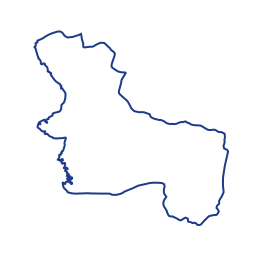 outline of Thung Yang Daeng, Pattani, Thailand, rotated 97°
{"feature_id": "78962969B39593186090950", "entity_name": "Thung Yang Daeng", "entity_type": "district", "adm_level": 2, "iso_a3": "THA", "parent_name": "Thailand", "parent_adm1": "Pattani", "projection": "natural_earth1", "projection_center": [101.449, 6.64], "detail": "fine", "context": "isolated", "style": "outline", "palette": "blue", "viewbox_px": 256, "rotation_deg": 97, "n_neighbors": 0, "source": "geoboundaries", "source_scale": "gbopen_adm2", "svg_char_len": 5840}
<svg xmlns="http://www.w3.org/2000/svg" viewBox="0 0 256 256"><g transform="rotate(97 128 128)"><path d="M209.4,77.4L209.9,77.1L210.4,76.2L210.6,74.2L210.3,73.0L210.4,72.8L212.0,68.1L213.1,65.7L213.2,65.2L213.2,64.4L212.8,63.5L211.8,62.6L210.0,60.1L210.2,59.1L210.5,58.1L211.1,57.4L213.1,57.1L213.7,56.4L213.8,55.8L213.8,54.3L214.1,53.1L214.5,52.6L214.5,51.9L214.0,50.9L214.0,49.9L214.5,48.4L215.4,47.8L215.7,47.1L215.6,45.3L214.7,43.7L213.0,42.6L210.9,41.1L205.9,37.2L204.7,34.6L204.0,32.0L203.4,29.5L201.7,28.4L199.8,27.7L198.0,28.8L196.5,30.4L194.5,30.2L192.0,28.3L189.2,28.7L183.4,26.2L180.0,25.3L176.9,25.9L174.6,26.6L166.5,27.6L163.1,27.6L153.9,27.3L139.1,25.8L137.5,27.1L136.6,30.1L134.1,31.0L130.4,30.3L128.4,30.8L125.0,30.7L121.8,31.5L120.7,34.7L120.9,37.8L119.8,39.8L119.2,41.5L119.2,42.5L119.7,44.6L120.1,46.9L120.0,48.7L118.3,52.6L117.5,54.2L116.8,56.1L116.8,58.2L117.0,60.6L117.1,63.4L116.8,65.9L115.8,67.9L115.2,70.5L114.5,71.6L114.8,72.8L115.4,73.9L115.6,75.8L116.7,78.5L117.3,79.3L117.9,80.5L118.4,82.2L118.5,84.2L118.9,86.7L118.6,90.0L116.9,93.2L116.3,95.2L116.0,96.9L116.3,98.0L116.0,99.8L115.7,102.6L115.4,103.8L114.9,105.5L113.7,107.2L111.8,108.0L111.6,108.8L110.5,113.7L110.5,115.8L111.0,118.9L110.6,123.1L110.2,124.4L107.7,127.5L106.3,128.2L102.5,130.9L101.1,132.2L97.8,137.0L95.7,140.0L94.6,141.1L93.0,141.5L91.5,141.4L86.9,140.7L83.5,140.3L81.3,140.3L80.3,139.9L73.7,137.0L73.4,137.2L73.2,138.1L73.5,140.2L73.4,143.0L72.9,145.3L71.6,148.0L70.1,150.8L69.1,151.7L67.8,152.0L65.1,151.7L58.6,150.3L56.1,150.0L55.2,150.4L53.7,152.3L52.9,153.8L52.2,154.7L51.1,155.5L50.4,156.6L46.6,161.7L46.5,163.5L46.7,165.2L47.4,166.9L49.6,170.3L51.4,172.6L51.7,173.5L51.9,175.4L53.1,180.1L53.3,181.1L53.1,182.0L52.4,182.4L49.7,182.7L45.4,184.6L42.4,185.4L40.3,186.2L41.7,188.1L44.4,194.2L45.5,198.7L45.1,200.4L43.9,202.6L42.6,203.5L41.2,205.2L40.5,206.9L40.6,208.2L41.1,210.3L43.3,215.0L45.0,218.0L46.7,220.4L49.5,223.7L51.8,227.5L52.3,228.5L53.8,228.3L54.1,228.5L54.4,229.3L54.7,229.3L55.1,230.0L55.4,230.1L56.4,229.7L57.5,229.6L58.4,229.9L58.7,230.6L59.1,230.7L60.3,229.4L61.4,229.1L61.8,228.7L62.7,228.6L65.4,227.3L66.3,227.0L67.8,226.2L68.7,225.5L69.4,225.7L69.6,225.6L70.6,224.3L71.0,224.1L71.2,223.6L71.6,223.2L72.9,222.6L74.2,222.5L74.9,222.2L75.2,221.7L75.3,221.0L75.1,220.7L74.2,220.0L74.1,219.7L74.3,218.8L74.5,218.5L75.0,218.1L75.3,218.2L75.5,218.1L75.9,217.8L77.0,216.3L77.5,215.6L80.5,214.5L80.7,214.4L81.3,214.7L81.6,214.5L82.1,213.6L82.0,212.7L82.2,212.4L82.7,212.1L82.7,211.5L82.9,211.1L83.2,210.9L83.5,210.9L84.3,211.2L84.6,210.9L85.3,210.6L85.4,210.3L87.5,208.5L90.1,205.9L92.2,202.3L92.4,201.5L92.5,201.1L92.8,200.8L93.7,200.3L94.3,199.3L94.5,199.3L94.8,199.8L95.5,199.5L96.9,199.2L96.7,198.5L96.7,197.9L97.5,197.6L99.1,195.9L100.7,194.6L102.1,194.1L103.7,194.0L106.4,193.9L110.0,194.5L110.9,195.0L112.9,196.6L113.2,196.8L117.5,196.7L119.4,197.5L120.2,198.4L122.2,203.5L123.0,204.6L123.6,204.7L124.5,204.4L124.9,204.5L125.9,206.1L127.3,207.9L127.6,208.0L128.2,207.9L128.8,208.1L129.1,209.4L129.4,209.7L129.8,210.0L130.2,210.1L130.8,209.9L131.5,209.5L132.3,208.9L132.6,208.9L132.7,209.1L132.6,209.5L131.9,210.7L131.3,211.2L130.2,211.6L130.1,211.8L130.0,212.1L130.3,212.6L133.0,216.8L133.5,217.0L133.9,216.9L134.5,215.5L134.7,215.4L134.8,215.4L135.0,215.6L135.0,215.8L134.8,216.8L134.8,217.3L134.8,217.5L135.1,217.6L136.5,217.7L137.5,218.0L138.0,217.9L138.3,217.7L138.8,217.2L139.9,215.1L141.2,213.6L141.6,213.0L141.7,212.5L141.4,209.9L141.9,209.7L142.8,210.2L143.3,210.2L143.8,210.0L144.0,209.7L144.1,209.3L144.1,208.7L143.6,207.7L143.7,207.2L144.9,205.9L145.5,205.1L146.0,203.9L146.3,202.1L146.9,201.3L147.1,201.0L147.2,199.4L147.1,197.8L146.0,191.6L145.2,189.2L145.2,188.7L145.3,188.6L146.4,188.5L149.7,189.2L150.4,189.2L151.0,189.1L152.4,188.8L153.2,188.7L158.2,189.6L158.5,189.7L159.0,190.2L159.1,190.7L159.6,191.0L160.1,191.0L160.5,191.2L160.7,190.9L161.0,190.7L161.2,191.0L161.7,191.3L162.7,191.5L162.7,192.5L163.0,192.9L163.6,193.0L164.1,192.9L164.5,192.6L165.3,192.6L166.0,192.8L168.0,193.8L168.2,193.3L168.2,192.7L168.1,192.1L167.9,191.7L167.8,191.4L167.9,191.1L168.4,191.1L168.2,190.7L166.9,189.7L166.8,189.4L166.9,189.1L167.8,188.7L168.0,188.7L168.6,189.4L169.3,190.0L169.7,190.0L170.3,189.8L171.2,189.1L171.4,188.6L171.3,188.2L170.9,187.9L170.5,187.4L170.4,186.6L170.7,186.2L171.3,185.9L174.0,186.2L174.8,186.4L175.3,186.8L175.6,186.7L175.6,186.2L175.4,185.7L174.9,184.9L174.9,184.2L175.2,183.5L175.7,183.0L176.0,182.9L176.2,183.1L176.2,183.6L176.9,184.8L177.5,185.2L178.2,185.2L178.5,184.8L178.7,183.5L179.3,182.9L180.6,183.1L180.9,183.0L181.0,182.8L180.7,182.3L180.7,182.0L180.9,181.4L181.1,181.2L181.4,181.2L181.9,181.6L182.7,182.6L183.0,182.8L183.1,182.6L183.1,181.7L182.8,180.6L182.8,180.3L182.9,179.7L183.2,179.2L183.6,179.3L183.8,179.5L184.1,179.8L184.3,180.7L184.6,181.3L185.3,182.1L185.5,182.2L185.8,181.7L185.9,180.0L185.8,179.8L184.9,179.2L184.6,178.9L184.2,178.1L184.1,177.5L184.7,177.3L184.9,177.3L186.0,178.2L186.4,178.8L186.4,179.2L186.9,180.7L187.0,181.0L188.6,178.8L188.8,177.5L189.2,176.9L189.6,176.7L190.1,176.8L190.4,177.0L190.5,177.2L190.5,177.5L190.1,177.9L189.2,179.0L188.9,179.7L188.6,180.7L188.5,181.6L189.0,183.0L190.9,183.5L191.3,183.7L191.2,183.9L190.8,184.3L190.3,185.0L190.1,185.6L190.2,186.0L190.5,186.2L192.5,185.6L194.2,185.0L195.2,184.4L198.0,180.8L198.5,180.3L199.2,180.0L199.7,175.7L199.6,173.1L199.3,170.5L197.6,159.5L197.4,156.0L197.1,153.7L196.4,146.5L195.9,143.1L195.4,137.9L196.2,135.8L196.0,133.1L195.6,130.9L194.5,127.9L193.2,125.6L191.7,123.9L189.2,119.6L188.1,117.4L184.1,111.0L183.0,108.2L181.5,103.7L180.5,101.2L179.4,97.4L178.7,91.7L178.5,87.7L179.4,85.2L181.6,84.5L184.4,84.9L187.9,84.5L190.0,83.1L191.5,81.6L195.6,83.5L197.6,83.7L199.7,83.6L201.6,82.6L205.4,79.5L207.4,78.8L208.1,78.1L209.4,77.4Z" fill="none" stroke="#1e3a8a" stroke-width="2"/></g></svg>